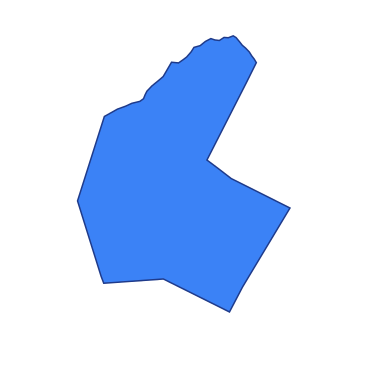 Wall Ferraz, Piauí, Brazil, rotated 238°
{"feature_id": "56859067B98259691678439", "entity_name": "Wall Ferraz", "entity_type": "district", "adm_level": 2, "iso_a3": "BRA", "parent_name": "Brazil", "parent_adm1": "Piauí", "projection": "equal_earth", "projection_center": [-41.824, -7.271], "detail": "fine", "context": "isolated", "style": "filled", "palette": "blue", "viewbox_px": 384, "rotation_deg": 238, "n_neighbors": 0, "source": "geoboundaries", "source_scale": "gbopen_adm2", "svg_char_len": 706}
<svg xmlns="http://www.w3.org/2000/svg" viewBox="0 0 384 384"><g transform="rotate(238 192 192)"><path d="M126.5,266.6L182.6,232.4L197.7,226.8L211.2,221.6L256.0,296.2L267.6,315.1L271.8,315.2L275.7,314.8L280.3,314.8L285.7,313.7L289.8,312.4L294.4,311.9L299.6,311.2L302.6,309.7L303.6,304.5L306.1,301.1L306.0,295.5L308.8,292.0L312.1,289.3L312.6,283.2L311.8,276.5L313.6,270.3L311.3,265.5L309.3,259.0L308.9,254.7L308.6,249.0L312.9,243.4L305.2,228.8L304.3,222.9L303.2,214.2L301.4,207.2L299.4,203.9L296.8,200.3L296.5,195.8L299.1,188.0L300.0,181.0L301.8,172.7L302.5,157.7L245.1,90.2L168.5,70.2L161.4,68.8L133.4,121.6L70.4,160.2L84.7,184.6L126.5,266.6Z" fill="#3b82f6" stroke="#1e3a8a" stroke-width="1.5"/></g></svg>